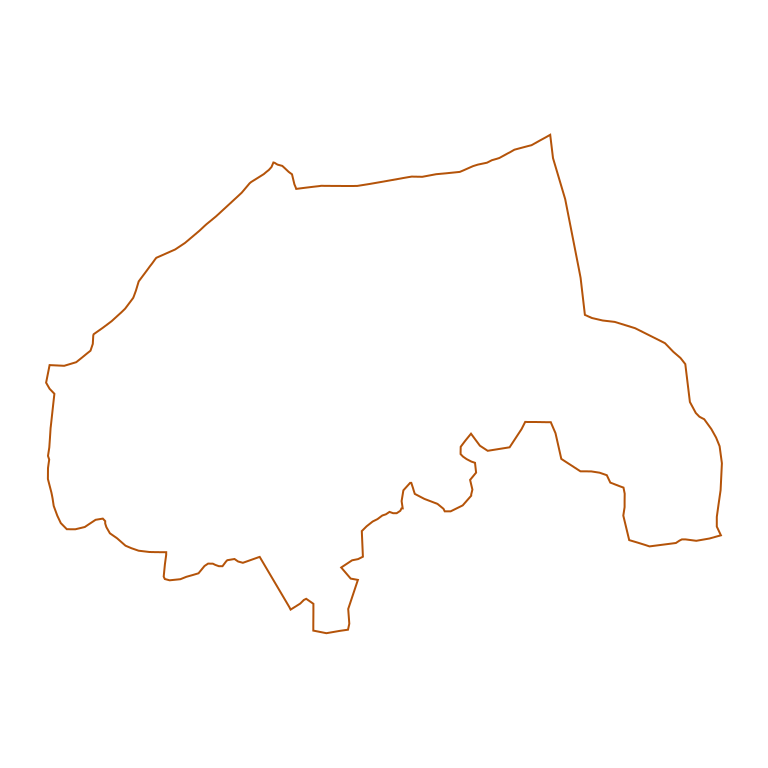 Minya Al-Nasr, Ad Daqahliyah, Egypt
{"feature_id": "37247803B87041728070842", "entity_name": "Minya Al-Nasr", "entity_type": "district", "adm_level": 2, "iso_a3": "EGY", "parent_name": "Egypt", "parent_adm1": "Ad Daqahliyah", "projection": "albers", "projection_center": [31.703, 31.154], "detail": "fine", "context": "isolated", "style": "outline", "palette": "amber", "viewbox_px": 768, "rotation_deg": 0, "n_neighbors": 0, "source": "geoboundaries", "source_scale": "gbopen_adm2", "svg_char_len": 3452}
<svg xmlns="http://www.w3.org/2000/svg" viewBox="0 0 768 768"><path d="M720.9,535.3L716.8,526.6L716.8,516.9L718.5,504.7L720.6,490.1L721.9,463.3L719.6,446.2L716.1,437.6L711.3,429.0L704.2,419.2L702.2,418.2L699.4,416.7L695.8,413.0L689.9,402.0L685.3,364.1L680.5,358.0L673.3,351.8L665.0,343.2L647.7,334.5L635.1,328.2L614.7,321.9L602.7,320.5L591.9,318.0L584.9,314.9L580.6,277.9L578.8,268.5L570.8,227.7L565.2,199.2L553.0,158.1L550.2,134.8L545.8,137.3L540.1,140.4L531.5,145.2L527.9,146.1L514.4,149.7L509.9,152.3L507.9,153.3L499.3,158.0L496.8,158.8L491.9,160.2L487.0,162.7L477.9,164.6L473.1,166.1L469.9,167.5L463.6,170.3L459.8,171.9L446.1,173.3L436.2,174.2L422.3,176.8L411.7,176.6L408.6,177.1L402.8,178.1L401.3,178.4L379.8,182.2L369.4,184.0L357.4,185.9L353.0,186.0L350.7,186.0L346.4,186.0L330.2,185.9L328.5,185.9L321.1,185.8L319.2,186.1L313.0,186.8L304.0,187.9L296.2,188.9L295.7,187.4L294.4,184.3L292.0,174.3L289.8,172.7L288.7,171.9L284.7,168.1L282.3,165.9L277.5,164.6L276.3,163.9L274.6,162.8L273.4,162.5L271.5,167.0L268.8,170.0L266.5,171.8L263.8,174.1L257.6,178.0L251.3,181.9L249.6,183.3L248.1,185.1L241.7,192.7L233.7,200.1L216.0,216.4L206.6,224.1L204.6,225.9L199.8,230.4L198.9,231.2L184.9,243.0L175.1,249.5L170.1,251.7L161.1,255.7L156.3,257.8L155.1,259.3L152.1,263.5L149.9,266.3L147.5,269.6L138.7,281.4L135.9,290.7L133.8,296.4L133.2,297.9L125.1,308.7L121.6,312.1L118.4,315.0L111.6,321.2L104.0,326.9L102.8,327.8L97.1,331.8L93.7,334.2L93.3,335.3L93.2,336.6L92.8,343.9L90.5,350.7L87.1,353.4L81.1,358.3L76.2,362.2L64.2,365.8L49.6,365.1L46.1,382.7L49.6,388.8L54.4,393.8L53.6,400.8L50.8,426.4L50.6,427.9L49.9,438.8L49.3,447.4L48.0,455.9L49.2,459.6L48.5,464.4L48.0,468.1L47.9,479.0L51.4,492.5L52.0,495.4L52.6,498.6L53.7,505.9L57.3,515.7L60.8,523.1L66.8,529.2L75.2,529.3L84.8,527.0L88.5,524.5L95.6,519.8L102.8,518.6L105.2,521.1L105.2,523.5L106.4,527.2L109.9,533.3L117.1,538.3L125.5,545.7L131.4,548.2L138.6,550.7L149.4,552.0L154.2,552.1L161.4,552.2L166.2,552.2L166.2,554.7L164.9,564.4L163.7,576.6L164.8,579.0L169.6,580.3L180.4,579.2L186.4,576.8L192.8,575.0L198.5,573.3L204.5,566.0L208.1,563.6L212.9,563.7L215.3,564.9L218.9,566.2L222.5,566.2L226.1,561.4L227.3,560.2L234.5,559.0L238.1,561.5L242.9,562.8L258.7,557.2L259.7,556.9L289.4,607.2L290.6,609.6L300.2,603.6L303.8,600.0L306.2,598.8L313.4,603.8L313.4,607.4L313.4,612.3L313.3,625.5L313.3,630.6L326.4,633.2L337.9,631.2L339.6,630.9L348.0,629.7L349.3,623.7L348.2,609.0L357.9,579.9L350.7,578.6L341.2,567.5L352.1,560.3L358.1,559.1L362.9,556.7L361.8,531.1L366.6,526.3L372.7,521.5L377.5,519.1L381.1,516.4L382.3,515.5L385.9,514.3L389.5,511.9L393.1,513.2L396.7,513.2L400.3,510.8L401.5,508.4L402.7,508.4L401.6,501.1L403.2,491.4L403.4,490.3L410.1,482.9L411.3,482.9L413.1,488.4L413.6,490.2L414.8,493.9L424.4,498.9L437.5,503.9L443.5,508.8L444.7,511.3L447.9,511.3L450.7,511.3L462.7,505.4L471.2,495.7L471.2,494.5L472.4,489.6L470.1,479.9L476.1,472.6L475.0,462.8L471.4,461.6L466.6,459.1L463.0,456.6L460.6,454.1L460.6,452.0L460.7,446.8L464.3,442.0L465.7,440.2L471.0,433.7L479.9,445.7L487.7,450.8L509.6,447.3L521.6,429.0L525.2,421.9L528.0,422.0L535.2,422.0L547.2,422.2L550.8,422.2L551.8,424.6L555.5,433.2L561.3,458.9L580.4,471.3L591.2,471.4L599.6,472.7L606.8,475.2L610.3,482.6L619.9,486.3L623.5,487.6L624.7,493.7L624.6,499.8L624.6,507.1L623.3,515.6L629.2,540.1L637.6,542.6L645.3,545.0L649.5,546.4L675.9,543.0L679.5,540.6L681.9,539.4L685.5,539.4L696.3,540.8L709.5,538.5L720.9,535.3Z" fill="none" stroke="#b45309" stroke-width="2"/></svg>